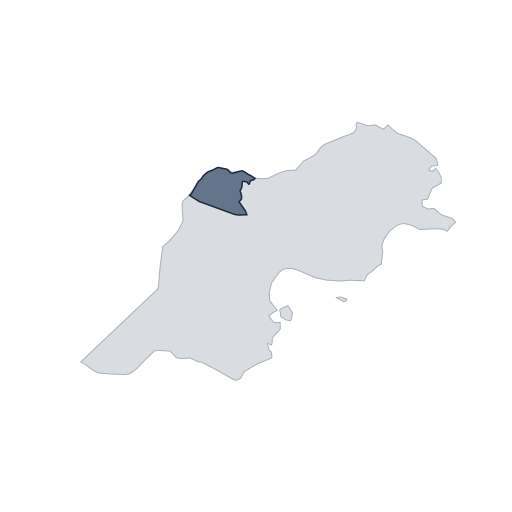 Tunisia, with Tozeur highlighted, rotated 59°
{"feature_id": "TUN-101", "entity_name": "Tozeur", "entity_type": "Governorate", "adm_level": 1, "iso_a3": "TUN", "parent_name": "Tunisia", "parent_adm1": "", "projection": "mercator", "projection_center": [7.997, 33.974], "detail": "fine", "context": "in_parent", "style": "filled", "palette": "slate", "viewbox_px": 512, "rotation_deg": 59, "n_neighbors": 0, "source": "natural_earth", "source_scale": "10m", "svg_char_len": 3343}
<svg xmlns="http://www.w3.org/2000/svg" viewBox="0 0 512 512"><g transform="rotate(59 256 256)"><path d="M351.4,294.8L351.3,296.3L349.6,307.1L349.2,311.0L349.0,317.6L349.0,325.5L352.8,332.1L352.9,335.1L351.4,338.4L344.4,342.3L335.3,347.3L327.5,352.1L319.0,357.3L316.4,360.6L312.1,363.2L308.6,365.8L308.0,368.2L305.5,372.9L302.2,376.7L294.1,378.4L292.6,379.5L288.9,385.1L287.1,387.3L285.0,391.9L287.8,403.8L291.1,416.0L291.8,421.1L291.7,425.4L289.8,429.9L285.5,436.4L282.4,441.2L276.3,449.8L274.5,451.9L270.3,454.4L262.2,457.7L256.5,460.6L253.6,447.5L251.1,436.4L249.1,427.1L245.5,410.8L242.4,397.0L239.4,383.1L236.6,370.5L233.8,357.7L232.6,355.9L224.3,349.8L216.6,344.3L208.6,338.0L199.9,331.1L198.5,322.4L194.0,309.3L189.3,302.0L187.6,300.1L178.1,295.3L172.6,291.9L171.1,289.8L170.1,284.5L166.2,273.8L161.7,264.1L160.1,257.5L159.9,249.2L160.7,243.2L162.7,240.7L172.0,233.2L176.2,224.2L181.6,220.8L186.1,218.2L189.9,215.3L193.2,210.5L195.7,205.4L196.1,199.9L197.2,191.1L198.9,185.0L202.8,178.0L201.2,172.4L199.1,166.3L199.7,155.8L199.2,151.6L197.5,147.8L195.8,142.9L195.7,138.9L197.4,128.2L198.6,120.1L200.6,109.4L199.9,106.5L198.4,104.2L193.9,101.9L193.9,100.5L195.0,98.9L201.6,93.7L205.2,86.1L208.2,84.5L212.7,81.7L212.5,78.7L211.5,75.6L223.3,71.9L234.6,62.5L238.5,60.1L264.6,51.4L268.0,52.0L271.8,53.3L270.7,56.5L269.2,59.1L271.4,63.7L274.6,60.9L273.7,59.0L273.6,56.6L278.9,56.4L283.7,56.7L288.9,59.5L288.5,69.8L295.5,79.8L293.5,84.9L299.2,87.8L304.3,84.3L306.8,79.0L316.1,76.0L325.0,68.3L329.9,67.5L331.0,73.8L333.3,79.3L330.0,81.3L325.7,87.1L317.6,102.0L310.2,106.4L304.6,112.1L302.8,116.2L302.3,120.9L303.7,129.3L307.7,137.9L312.4,143.1L316.9,144.7L327.5,152.8L327.3,157.6L328.8,163.4L329.3,170.3L333.0,175.9L325.2,187.9L320.9,196.6L312.5,208.6L305.1,216.4L289.1,227.9L285.2,231.7L282.6,235.7L281.4,239.8L281.9,244.6L287.1,256.5L294.1,263.5L301.2,267.3L313.6,265.8L313.2,270.3L314.0,275.8L319.1,275.5L322.4,274.7L325.3,269.4L331.3,273.0L334.5,284.1L339.6,287.5L340.2,288.8L338.4,289.7L337.0,290.9L338.5,291.8L343.4,293.2L346.4,292.3L351.4,294.8ZM325.3,263.9L324.0,264.1L321.7,265.7L320.5,265.9L317.0,264.1L315.7,264.1L314.0,262.9L314.6,256.2L315.1,254.3L323.6,254.0L328.1,258.0L328.9,259.1L329.1,260.2L326.9,262.5L325.3,263.9ZM340.6,204.2L333.2,208.4L334.6,204.8L339.5,200.4L340.7,201.4L340.6,204.2Z" fill="#d9dde1" stroke="#a8b0b8" stroke-width="1"/><path d="M170.0,281.7L169.3,279.2L165.7,272.8L162.6,267.5L162.2,266.0L161.7,263.0L160.3,260.4L160.0,259.4L159.4,256.2L159.1,254.0L160.1,248.2L160.3,244.0L160.9,242.4L162.0,241.3L163.9,239.3L165.1,237.8L166.4,236.4L168.2,235.5L171.3,235.0L172.2,234.5L172.8,233.8L173.2,232.8L175.0,226.0L175.9,223.9L177.8,222.6L181.9,220.7L183.9,219.3L188.5,217.2L188.9,216.9L189.1,217.1L189.4,218.2L189.5,218.7L188.7,221.7L188.7,222.2L188.8,222.5L190.5,224.2L190.6,224.4L190.9,224.9L190.8,225.1L190.7,225.3L188.2,225.7L188.0,225.8L187.7,225.9L187.5,226.0L185.8,228.1L185.6,228.5L185.3,229.2L185.3,229.5L188.9,232.0L189.8,232.9L190.2,233.3L191.0,234.4L191.5,235.4L191.9,236.0L192.1,236.2L192.4,236.3L192.6,236.4L194.3,236.5L197.9,237.8L198.2,238.0L199.0,238.6L199.7,239.2L199.9,239.5L200.0,239.8L200.2,240.6L200.6,242.0L200.8,242.4L201.1,242.6L211.5,241.9L213.3,242.1L215.9,242.6L212.1,249.6L209.5,252.8L180.1,276.6L170.8,281.2L170.0,281.7Z" fill="#64748b" stroke="#1e293b" stroke-width="1.5"/></g></svg>